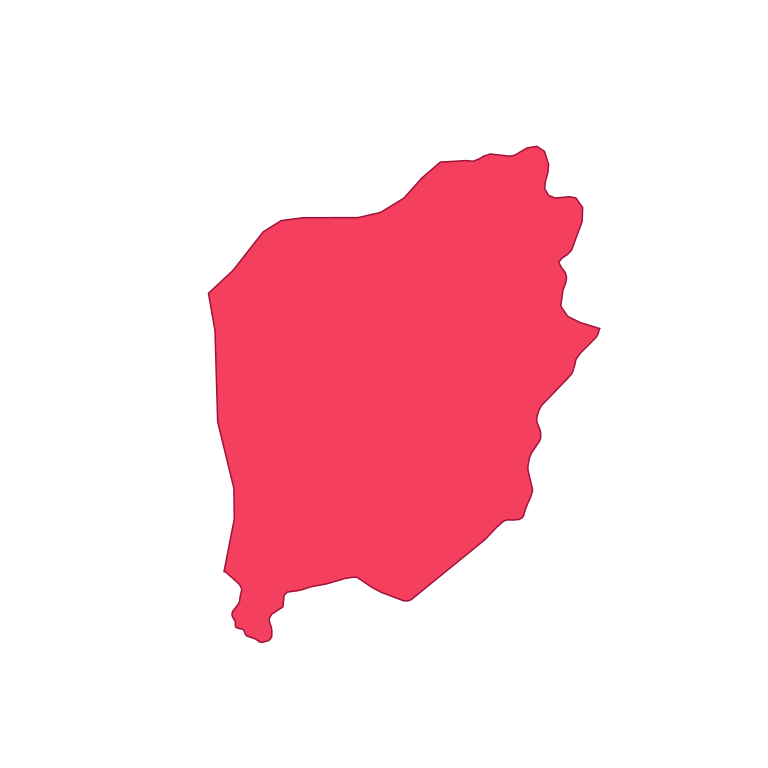 outline of Narathiwat, rotated 221°
{"feature_id": "THA-493", "entity_name": "Narathiwat", "entity_type": "Province", "adm_level": 1, "iso_a3": "THA", "parent_name": "Thailand", "parent_adm1": "", "projection": "robinson", "projection_center": [101.624, 6.183], "detail": "fine", "context": "isolated", "style": "filled", "palette": "rose", "viewbox_px": 768, "rotation_deg": 221, "n_neighbors": 0, "source": "natural_earth", "source_scale": "10m", "svg_char_len": 1971}
<svg xmlns="http://www.w3.org/2000/svg" viewBox="0 0 768 768"><g transform="rotate(221 384 384)"><path d="M576.0,337.3L572.5,370.6L575.0,419.8L568.8,439.9L554.0,456.6L512.9,492.4L499.2,511.2L490.9,537.4L490.6,564.3L487.1,588.4L468.9,606.2L462.8,610.7L460.0,616.1L458.1,621.7L454.7,627.3L438.5,638.5L435.5,642.3L431.1,655.7L424.6,663.7L415.5,664.8L403.7,657.6L398.8,650.8L395.3,643.2L391.0,636.9L383.6,634.3L376.9,636.6L367.4,646.5L366.8,647.1L361.3,650.3L349.8,647.5L341.1,636.7L330.2,607.9L330.5,602.2L332.2,595.9L332.1,590.7L326.8,588.3L320.3,587.1L316.0,584.1L313.0,579.1L310.4,572.0L301.6,558.7L289.7,555.6L276.8,558.9L257.6,567.3L257.6,567.2L255.2,561.8L254.7,559.6L254.6,557.0L256.0,536.3L255.7,531.3L255.0,527.9L253.0,524.6L249.7,517.2L249.1,515.2L249.0,509.9L251.0,471.3L250.1,466.7L247.7,461.0L245.7,457.6L244.2,456.2L242.8,455.1L237.3,452.4L234.2,450.4L230.4,446.2L229.5,444.2L229.0,441.9L227.6,429.5L226.3,425.2L225.6,423.4L221.6,416.6L219.1,413.7L203.2,402.2L202.1,401.1L201.2,399.5L199.5,395.8L195.6,383.5L192.1,375.8L192.0,373.4L193.0,370.6L197.0,366.3L201.7,362.4L203.0,360.5L204.0,357.7L205.0,349.6L205.7,332.9L221.9,239.5L222.6,237.7L224.1,235.6L226.6,233.4L249.2,225.0L259.6,222.6L277.7,220.4L281.4,217.0L286.3,211.0L296.3,195.3L306.1,183.0L310.7,175.3L314.3,170.4L319.3,164.9L320.5,163.3L320.7,158.9L314.1,149.5L317.7,136.7L317.3,134.3L316.7,131.5L315.3,130.2L313.8,129.0L309.8,126.7L307.1,124.6L303.2,120.1L302.5,117.3L302.6,114.9L305.6,110.2L306.4,109.2L307.3,108.4L308.8,107.7L312.8,107.4L314.8,106.9L321.6,104.0L323.7,103.9L325.6,104.7L327.3,105.7L328.7,106.3L330.2,106.0L331.7,105.0L335.9,103.2L337.5,104.0L338.9,105.3L340.0,106.9L341.8,107.7L343.7,108.2L345.6,108.9L347.2,109.9L348.4,111.6L349.1,113.6L349.5,121.4L349.9,123.8L350.7,125.7L352.9,128.8L356.7,135.8L359.8,137.3L362.4,138.0L380.2,138.2L381.7,137.5L408.5,184.0L428.9,206.8L484.7,246.3L546.5,313.3L575.9,337.2L576.0,337.3Z" fill="#f43f5e" stroke="#9f1239" stroke-width="1.5"/></g></svg>